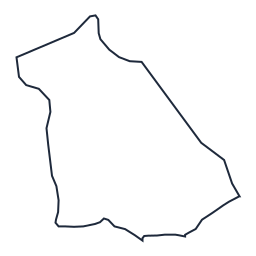 map outline of Kriva Palanka (Mercator projection)
{"feature_id": "MKD-2906", "entity_name": "Kriva Palanka", "entity_type": "Statistical Region", "adm_level": 1, "iso_a3": "MKD", "parent_name": "North Macedonia", "parent_adm1": "", "projection": "mercator", "projection_center": [22.313, 42.232], "detail": "fine", "context": "isolated", "style": "outline", "palette": "slate", "viewbox_px": 256, "rotation_deg": 0, "n_neighbors": 0, "source": "natural_earth", "source_scale": "10m", "svg_char_len": 795}
<svg xmlns="http://www.w3.org/2000/svg" viewBox="0 0 256 256"><path d="M95.5,15.4L98.2,19.3L98.7,33.2L100.4,39.2L109.3,49.7L119.0,57.1L129.7,61.2L141.6,61.9L201.2,142.8L224.1,160.0L232.1,183.5L239.5,196.3L239.3,196.3L229.0,201.7L223.3,205.3L212.7,212.7L202.0,219.7L195.7,229.0L189.1,232.5L185.1,234.8L185.1,236.5L178.5,235.2L175.5,234.7L173.0,234.7L168.5,234.7L164.5,234.7L157.2,235.5L148.0,235.7L144.2,236.0L142.5,238.2L142.5,240.6L134.7,235.1L125.1,229.1L114.5,226.4L108.3,219.9L103.9,218.5L100.0,222.2L94.9,224.0L83.3,226.4L74.0,226.8L65.1,226.4L58.6,226.4L55.5,222.7L56.0,219.6L58.1,212.1L58.6,200.3L56.4,186.2L52.0,175.8L48.2,144.6L46.5,128.2L50.4,111.9L49.3,100.0L38.8,88.8L26.2,85.1L19.0,76.9L16.5,57.3L74.1,32.9L90.0,16.4L95.5,15.4Z" fill="none" stroke="#1e293b" stroke-width="2"/></svg>